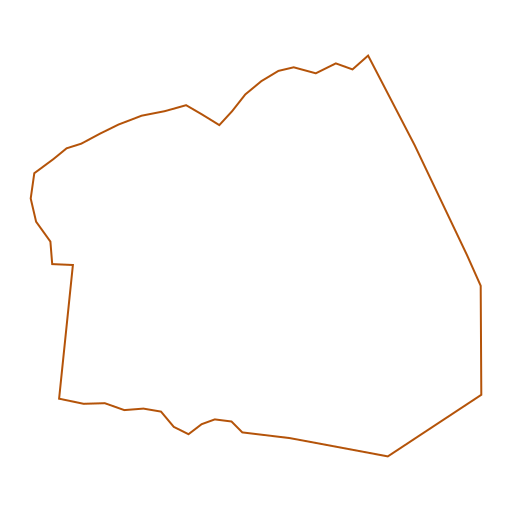 the district of Pilões, Paraíba, Brazil
{"feature_id": "56859067B29382910416261", "entity_name": "Pilões", "entity_type": "district", "adm_level": 2, "iso_a3": "BRA", "parent_name": "Brazil", "parent_adm1": "Paraíba", "projection": "orthographic", "projection_center": [-35.62, -6.881], "detail": "fine", "context": "isolated", "style": "outline", "palette": "amber", "viewbox_px": 512, "rotation_deg": 0, "n_neighbors": 0, "source": "geoboundaries", "source_scale": "gbopen_adm2", "svg_char_len": 636}
<svg xmlns="http://www.w3.org/2000/svg" viewBox="0 0 512 512"><path d="M481.3,394.8L480.7,285.8L467.0,255.1L414.7,145.3L368.1,55.6L352.5,69.4L335.8,63.4L315.8,73.3L293.7,67.3L278.4,70.9L261.4,81.1L245.3,94.4L232.1,111.2L219.3,125.1L201.6,114.2L186.1,105.2L164.6,111.2L141.6,115.7L118.6,124.5L100.3,133.5L81.2,143.7L66.6,148.3L53.4,159.1L34.3,173.2L30.7,198.5L36.1,221.7L50.4,241.6L52.2,264.1L72.9,265.0L59.1,398.7L83.6,403.8L104.8,403.2L124.3,410.1L143.4,408.6L161.0,411.6L173.8,426.9L188.5,434.2L201.6,424.2L214.8,419.4L231.5,421.5L242.3,432.4L289.8,438.1L387.8,456.4L481.3,394.8Z" fill="none" stroke="#b45309" stroke-width="2"/></svg>